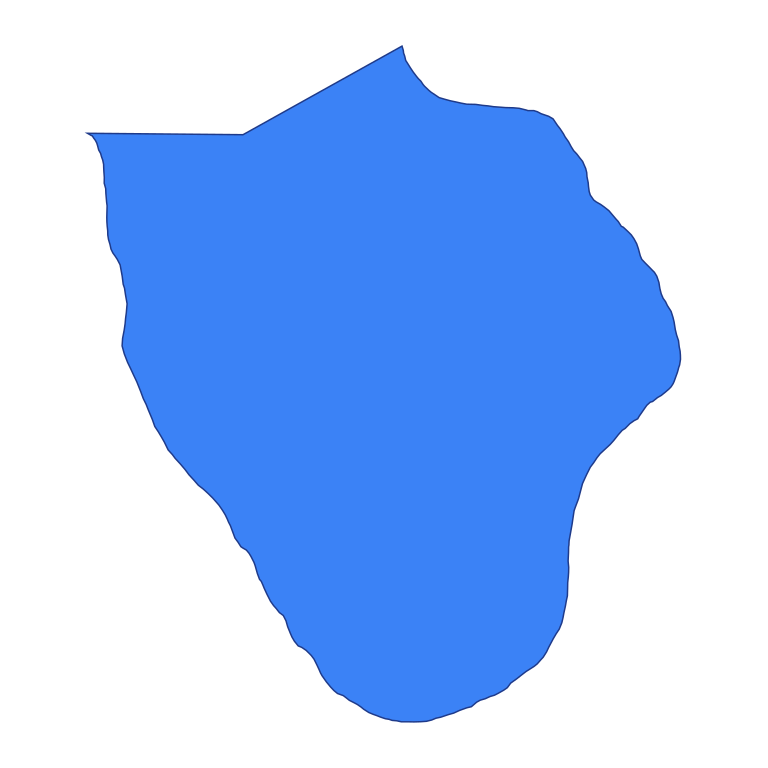 South Miladhunmadulu, Maldives (Natural Earth projection)
{"feature_id": "70690204B143324726132", "entity_name": "South Miladhunmadulu", "entity_type": "district", "adm_level": 2, "iso_a3": "MDV", "parent_name": "Maldives", "parent_adm1": "", "projection": "natural_earth1", "projection_center": [73.322, 5.821], "detail": "fine", "context": "isolated", "style": "filled", "palette": "blue", "viewbox_px": 768, "rotation_deg": 0, "n_neighbors": 0, "source": "geoboundaries", "source_scale": "gbopen_adm2", "svg_char_len": 3980}
<svg xmlns="http://www.w3.org/2000/svg" viewBox="0 0 768 768"><path d="M87.5,133.3L88.9,134.1L91.1,135.4L92.3,135.9L93.7,138.1L95.4,140.4L96.8,143.1L97.7,146.1L98.7,150.0L100.6,153.4L101.5,156.7L102.7,160.0L103.6,164.3L103.7,167.7L103.9,171.7L104.3,177.4L104.2,183.2L105.7,188.6L105.9,193.6L106.6,202.0L107.1,205.8L106.9,213.5L106.8,217.5L106.9,221.9L107.2,226.2L107.7,230.7L107.8,235.0L108.5,239.5L110.0,244.5L111.0,249.1L112.9,253.0L115.0,255.9L117.3,259.4L120.1,264.8L122.2,276.2L123.2,284.3L124.5,288.1L125.5,294.8L127.1,303.8L126.3,312.9L125.6,318.2L125.1,323.8L124.2,330.0L122.6,338.4L122.1,345.9L124.3,353.9L127.6,362.4L130.6,368.6L133.9,375.7L136.8,381.8L140.6,391.3L143.3,398.6L146.2,404.5L148.3,409.9L152.3,419.4L154.8,426.5L158.2,431.6L161.2,436.6L164.3,442.0L168.2,450.0L172.4,454.6L175.2,458.4L180.2,463.8L185.2,469.7L189.0,474.8L193.7,479.9L198.4,485.3L203.2,489.0L207.8,493.2L212.7,498.0L216.4,502.2L219.0,505.2L222.7,510.6L225.3,514.9L227.4,519.3L228.5,522.0L230.4,525.7L232.7,531.9L235.0,538.1L237.9,542.0L240.9,546.7L243.0,548.1L246.3,550.0L249.0,553.2L251.0,556.5L254.0,562.4L255.2,565.8L257.4,573.6L259.5,579.3L261.3,581.4L263.0,585.3L264.3,588.5L266.9,594.1L270.5,601.2L273.6,605.6L276.2,608.5L279.4,612.6L283.3,615.5L286.0,620.8L287.7,626.8L290.3,633.2L291.9,636.9L294.4,641.2L298.2,645.9L301.8,647.4L306.2,650.4L311.3,655.5L314.0,659.1L316.8,664.7L319.0,669.4L320.6,673.1L322.1,675.8L326.4,681.9L330.6,687.0L333.9,690.5L337.5,693.5L343.3,695.6L346.2,697.8L349.3,700.3L354.8,703.1L357.4,704.5L361.0,707.0L363.8,709.3L368.8,712.5L373.1,714.3L376.8,715.6L380.3,717.0L385.3,718.7L389.0,719.3L392.2,720.4L396.8,720.8L401.3,721.8L408.9,721.8L414.0,721.9L420.8,721.7L426.5,721.3L431.7,720.0L436.0,718.2L440.7,717.2L448.4,714.6L453.7,713.1L459.6,710.4L466.8,707.8L471.4,706.7L476.6,702.2L480.2,700.2L485.3,698.7L490.1,696.5L494.5,695.2L498.2,693.3L503.7,690.2L507.3,687.7L510.7,683.1L516.7,678.8L521.0,675.4L526.2,671.4L529.4,669.4L534.2,666.3L537.2,663.9L540.6,660.0L543.2,657.2L546.6,651.8L548.7,647.3L553.2,638.8L556.2,633.7L559.2,629.2L561.8,622.8L563.0,617.7L563.9,612.9L565.4,606.1L566.3,600.9L567.4,595.8L567.5,591.9L567.6,588.1L567.7,582.6L568.3,576.8L568.6,572.3L568.7,567.3L568.1,561.0L568.5,552.7L568.6,546.9L568.9,545.0L569.1,540.8L570.5,533.1L572.1,524.1L573.2,516.6L574.1,510.7L575.4,507.0L578.5,498.8L581.2,488.5L582.5,483.6L584.9,478.3L586.8,474.2L590.3,467.2L593.7,462.7L597.0,457.7L600.2,453.7L604.5,449.7L610.3,444.3L613.8,440.4L618.4,434.6L622.2,430.3L625.2,428.4L629.8,423.7L634.0,420.7L637.7,418.8L639.2,416.2L641.7,412.6L644.6,408.4L646.8,405.3L650.2,402.2L652.6,401.5L657.6,397.5L661.3,395.4L665.5,392.0L669.1,388.9L671.1,386.8L673.1,383.7L674.1,381.5L677.1,373.2L677.3,372.7L678.1,369.9L678.7,367.5L679.6,365.0L680.5,359.3L680.4,355.0L680.1,351.2L679.2,346.7L678.5,340.7L676.6,335.0L675.3,329.6L674.1,322.0L673.0,317.4L671.1,311.4L667.4,305.6L665.5,301.6L663.1,298.3L661.2,293.8L659.9,288.6L658.9,282.4L656.8,276.2L654.4,272.3L651.9,269.8L649.1,266.9L645.4,263.2L641.8,259.4L640.3,255.9L638.4,248.8L636.7,243.8L634.0,238.8L631.3,234.9L627.7,231.3L623.3,227.2L621.3,226.3L618.3,221.6L616.2,219.3L612.2,214.6L609.0,210.8L604.1,206.9L600.6,204.4L596.2,201.9L593.7,200.0L590.3,195.1L589.2,191.6L588.5,186.5L588.2,182.8L587.0,176.8L586.7,172.5L585.7,168.5L582.6,161.4L579.7,157.8L576.9,154.1L576.5,153.7L573.6,150.6L571.0,146.4L568.5,141.7L565.1,136.9L563.5,133.9L560.2,128.9L557.4,125.3L553.1,118.9L548.7,116.3L544.3,114.8L541.1,113.7L537.3,111.7L533.8,110.6L527.9,110.6L526.5,110.1L522.1,109.0L519.2,108.3L513.4,107.8L509.6,107.7L505.7,107.6L500.5,107.2L493.6,106.7L488.2,105.9L482.8,105.4L475.7,104.4L471.5,104.3L466.8,104.2L461.0,103.1L456.1,102.0L450.4,100.8L444.9,99.3L439.1,97.6L435.3,95.0L431.2,92.3L428.8,90.3L424.5,86.2L423.0,84.4L420.9,81.2L418.2,78.5L416.2,76.0L413.1,71.9L410.3,67.7L407.8,63.7L405.7,60.4L404.7,56.1L403.6,53.1L403.3,50.4L402.0,46.1L243.0,134.7L87.5,133.3Z" fill="#3b82f6" stroke="#1e3a8a" stroke-width="1.5"/></svg>